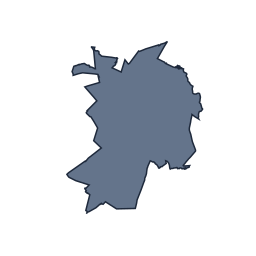 outline of San Ciro de Acosta, San Luis Potosí, Mexico, rotated 289°
{"feature_id": "50627088B368213739672", "entity_name": "San Ciro de Acosta", "entity_type": "district", "adm_level": 2, "iso_a3": "MEX", "parent_name": "Mexico", "parent_adm1": "San Luis Potosí", "projection": "orthographic", "projection_center": [-99.855, 21.589], "detail": "fine", "context": "isolated", "style": "filled", "palette": "slate", "viewbox_px": 256, "rotation_deg": 289, "n_neighbors": 0, "source": "geoboundaries", "source_scale": "gbopen_adm2", "svg_char_len": 5632}
<svg xmlns="http://www.w3.org/2000/svg" viewBox="0 0 256 256"><g transform="rotate(289 128 128)"><path d="M188.7,175.5L188.7,175.0L189.0,173.9L189.5,172.9L190.3,171.7L190.7,171.6L191.1,171.0L191.2,170.7L191.5,169.8L191.7,169.5L192.3,169.1L192.9,168.9L193.7,168.6L194.2,168.3L195.0,167.5L195.5,166.7L196.0,166.2L196.4,166.0L197.1,166.0L197.6,166.2L197.9,166.1L198.5,165.8L198.7,165.5L199.0,163.2L199.3,162.4L199.9,161.9L200.4,161.6L202.0,161.2L201.6,159.5L201.8,159.5L202.3,159.3L202.3,158.0L202.0,157.6L201.5,157.8L201.2,158.0L200.4,156.9L200.4,156.4L200.8,155.8L201.0,155.8L201.0,156.1L201.1,156.4L201.4,156.4L201.5,156.3L201.6,155.9L201.8,156.2L202.1,156.9L202.5,157.2L202.8,157.2L203.2,157.0L203.2,156.7L203.2,156.4L203.3,156.4L203.4,156.0L203.1,155.4L203.3,154.5L202.9,154.3L202.4,154.2L202.0,154.1L201.8,154.3L201.7,154.8L201.5,155.0L201.4,155.0L201.2,154.9L201.1,154.7L201.0,154.4L200.8,154.1L200.8,153.8L200.7,153.7L200.8,153.5L201.2,153.5L201.4,153.3L201.4,153.2L201.0,152.9L200.8,153.0L200.6,153.0L200.4,151.7L200.4,150.7L200.4,150.2L200.5,149.7L201.1,143.8L201.4,143.6L201.5,143.3L201.7,143.2L201.2,142.6L201.3,142.4L201.5,141.9L201.9,141.4L202.0,141.3L202.2,140.9L202.2,140.0L203.2,133.2L217.1,135.8L218.8,136.2L222.6,137.1L220.1,134.9L217.8,131.6L217.0,131.4L215.9,130.5L216.6,130.0L208.5,118.9L207.5,117.8L204.2,114.0L204.3,113.0L189.5,108.3L188.6,107.4L191.5,102.9L178.7,103.3L179.7,93.4L181.1,94.0L181.7,94.0L182.3,94.7L182.4,94.9L183.3,95.4L183.6,95.3L184.3,95.6L185.9,95.1L186.1,95.8L186.3,95.7L186.1,95.2L186.0,94.9L186.2,95.0L186.6,95.0L187.1,95.8L187.8,95.5L187.9,95.4L188.5,95.4L188.5,95.2L189.0,95.2L189.8,95.2L190.3,95.5L190.5,95.3L190.6,95.0L190.6,94.7L190.8,94.6L191.3,94.4L190.4,94.4L190.3,94.2L189.5,89.4L187.3,79.5L187.7,79.0L188.7,76.4L190.4,75.8L190.9,75.3L191.1,73.9L190.5,72.7L190.5,72.1L191.2,70.5L191.3,70.4L193.5,70.3L192.8,67.1L192.6,67.1L191.4,68.9L190.1,70.3L190.0,70.5L189.7,70.5L173.4,77.9L173.2,77.1L173.5,75.9L173.7,74.4L173.6,73.1L173.2,72.0L173.3,71.8L173.6,71.7L173.8,71.8L174.0,71.7L174.5,70.8L174.3,70.8L174.1,69.4L174.2,68.3L174.2,67.8L174.5,67.0L174.8,65.6L174.2,64.6L173.6,63.4L171.9,61.3L172.2,61.0L169.8,58.4L169.9,58.2L168.7,56.7L163.1,56.8L161.3,58.5L159.9,59.0L163.0,63.2L165.4,67.1L168.3,79.0L168.9,82.1L167.2,83.7L167.2,83.0L161.8,86.3L154.8,76.4L152.8,73.8L147.2,83.5L146.2,85.3L143.5,89.7L131.1,83.7L130.9,84.2L129.1,83.5L128.4,84.0L126.4,88.2L126.5,89.3L122.9,93.8L118.1,99.3L104.8,99.7L100.4,109.3L86.6,100.3L82.6,98.8L82.8,98.3L66.4,86.4L64.3,85.3L63.3,86.5L62.2,88.2L61.2,95.8L61.5,109.8L57.4,107.9L57.3,107.0L56.6,106.9L55.1,109.0L54.3,108.6L53.9,108.6L53.0,110.7L53.0,110.9L53.4,111.0L52.5,113.6L35.8,115.0L36.3,115.1L36.3,115.3L36.1,115.4L36.0,116.1L35.5,116.8L33.4,116.6L34.9,116.9L35.5,117.4L36.0,118.2L42.2,123.7L46.3,126.0L46.5,126.3L46.6,126.2L46.7,126.3L46.7,126.5L47.1,126.6L47.7,127.0L48.0,127.2L48.1,127.4L47.6,127.7L47.5,128.0L47.8,128.6L47.8,129.3L50.9,130.7L47.8,143.5L54.3,161.1L59.7,160.6L62.9,160.0L73.9,160.5L81.6,160.6L83.2,160.7L84.3,160.7L85.6,160.3L86.1,160.2L87.1,160.3L87.7,160.3L88.1,160.4L88.8,160.4L90.9,160.3L93.0,159.8L96.1,159.2L97.6,159.3L98.2,159.2L99.5,159.3L102.7,159.6L103.0,159.6L104.1,159.7L104.0,160.0L104.2,160.4L103.9,162.4L104.3,163.0L104.3,163.7L103.9,164.0L103.8,164.4L103.8,164.8L103.7,165.0L103.3,165.2L103.1,165.5L102.9,165.9L102.9,166.4L102.8,166.9L102.0,168.1L101.5,168.7L101.4,168.9L101.1,169.3L100.8,169.6L100.5,169.6L100.3,169.8L100.2,170.0L100.1,170.4L100.5,170.9L100.8,171.0L101.1,171.1L101.2,171.3L101.4,171.4L101.5,171.4L101.5,171.2L101.9,171.4L102.1,171.6L102.2,172.1L102.4,172.3L102.5,172.5L102.6,172.8L102.8,172.8L107.0,175.7L107.5,175.3L109.3,174.3L109.2,176.0L108.2,177.7L106.4,179.2L103.6,180.6L103.4,180.8L102.9,181.3L103.5,181.8L103.8,182.1L104.0,182.5L104.3,183.5L104.6,183.9L104.9,184.1L105.1,184.4L105.2,184.7L105.4,185.2L105.8,185.8L105.9,186.3L106.1,186.4L106.2,186.6L106.5,186.9L106.6,187.1L106.5,187.4L105.9,187.9L105.8,188.1L105.7,188.3L106.1,188.7L106.3,189.7L106.4,189.8L106.9,189.9L107.1,190.1L107.3,190.4L107.4,191.7L107.4,191.8L107.3,192.0L107.0,192.2L107.0,192.5L107.4,192.9L107.4,193.0L107.5,193.7L107.6,193.9L108.1,194.0L108.3,194.0L108.5,194.4L108.4,194.6L107.7,194.7L107.5,195.0L107.6,195.3L108.8,195.5L108.4,195.9L108.4,196.1L108.5,196.3L109.0,196.5L109.6,196.9L109.8,197.2L110.7,198.4L110.9,198.5L111.1,198.6L111.8,198.3L112.5,198.5L111.0,195.1L110.5,193.8L110.2,192.7L110.5,192.4L110.8,192.4L113.5,193.5L114.8,193.9L117.0,194.8L118.4,195.3L120.9,196.5L128.0,199.3L128.4,199.3L129.3,198.9L135.7,193.6L137.5,192.4L142.6,189.3L144.3,187.9L145.8,186.8L146.4,186.5L148.0,186.0L150.4,185.7L153.7,185.3L156.3,184.8L159.3,184.5L161.2,184.2L161.6,184.1L160.5,187.4L159.7,191.2L159.6,191.6L159.5,192.0L159.8,191.7L160.0,191.5L160.5,191.1L161.5,191.1L162.0,191.0L162.6,190.7L163.5,190.3L164.5,190.1L166.1,190.0L166.5,190.1L167.0,190.4L167.3,191.0L167.5,191.5L167.8,191.6L168.1,191.7L169.5,192.3L170.0,192.4L170.3,192.3L170.5,192.1L170.6,191.6L171.1,191.2L174.3,189.0L174.7,188.6L174.8,188.3L174.9,187.8L175.0,187.6L175.4,187.3L175.7,187.1L176.0,187.1L176.3,187.3L177.0,187.2L177.3,187.2L177.8,187.0L178.2,186.9L179.9,186.6L180.5,186.5L181.2,186.2L181.7,185.9L182.8,185.1L183.6,184.6L183.7,184.4L183.9,184.0L183.9,183.8L183.9,183.5L183.7,182.9L183.5,182.6L182.8,181.8L182.4,181.5L182.2,181.3L182.1,180.9L182.0,180.3L181.7,179.7L181.7,179.4L181.8,178.6L182.0,178.0L182.3,177.7L183.2,177.3L183.7,177.2L185.0,176.4L185.6,176.1L186.1,176.0L186.7,175.8L187.2,175.8L187.7,175.8L188.1,175.9L188.4,175.8L188.5,175.8L188.7,175.7L188.7,175.5Z" fill="#64748b" stroke="#1e293b" stroke-width="1.5"/></g></svg>